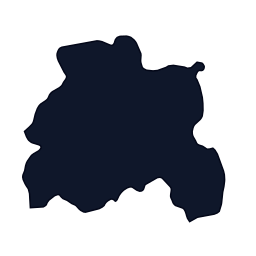 outline of Laoighis, rotated 7°
{"feature_id": "IRL-723", "entity_name": "Laoighis", "entity_type": "County", "adm_level": 1, "iso_a3": "IRL", "parent_name": "Ireland", "parent_adm1": "", "projection": "orthographic", "projection_center": [-7.345, 52.994], "detail": "fine", "context": "isolated", "style": "filled", "palette": "ink", "viewbox_px": 256, "rotation_deg": 7, "n_neighbors": 0, "source": "natural_earth", "source_scale": "10m", "svg_char_len": 2742}
<svg xmlns="http://www.w3.org/2000/svg" viewBox="0 0 256 256"><g transform="rotate(7 128 128)"><path d="M230.3,174.3L229.8,180.1L230.0,191.0L229.9,192.7L228.7,199.6L226.9,201.4L224.0,203.0L207.8,208.1L200.6,213.4L198.1,210.4L196.8,207.7L196.3,206.4L195.1,203.9L194.3,202.7L193.4,201.6L192.1,200.8L184.5,199.1L183.0,198.0L181.9,196.8L180.6,194.3L179.1,191.9L178.6,190.5L178.5,188.7L178.6,185.1L178.5,183.5L178.0,182.2L177.1,181.1L168.5,173.9L167.3,173.2L165.5,173.0L163.1,173.7L151.9,182.1L151.5,183.5L150.9,186.7L150.1,188.1L148.9,188.9L147.2,189.3L144.3,188.6L139.8,186.3L138.3,186.0L136.4,186.5L134.3,187.6L131.3,190.1L129.8,191.9L128.7,193.5L127.3,196.1L125.9,200.4L125.2,201.6L124.3,202.2L122.9,201.1L121.4,200.5L119.6,200.6L116.7,202.8L115.2,204.5L114.2,206.3L113.7,207.8L112.0,209.6L109.1,211.6L96.1,216.7L94.2,216.7L91.1,215.5L89.4,214.4L86.1,211.5L85.0,210.9L81.4,209.8L76.4,207.2L72.2,206.0L70.3,204.7L69.0,203.5L68.1,202.5L66.1,202.7L63.4,204.1L58.3,209.2L56.8,211.9L56.2,214.2L55.0,215.5L53.5,216.6L40.8,219.0L38.3,205.1L36.5,200.5L34.3,198.0L32.7,195.9L30.3,192.0L29.5,189.5L29.5,187.5L30.7,182.9L31.0,177.9L31.5,175.2L32.2,173.2L35.0,167.9L35.7,166.8L37.7,164.9L42.2,161.5L43.2,160.2L44.1,158.5L43.9,157.0L43.0,156.0L41.5,155.5L34.7,154.3L33.2,153.7L30.9,152.2L29.9,151.1L28.3,148.9L25.7,144.0L29.9,139.2L32.1,136.3L32.8,135.1L33.3,133.6L33.6,132.0L34.3,125.6L35.7,119.8L36.9,117.0L37.7,115.8L38.6,114.7L42.7,111.2L43.7,110.2L44.6,109.1L45.2,107.7L46.1,104.7L46.8,103.4L47.6,102.2L48.7,101.1L55.1,96.3L57.0,94.2L57.7,92.8L58.2,91.3L58.8,89.9L60.2,87.4L60.7,86.0L60.9,84.6L60.4,83.3L59.7,82.4L57.9,80.4L50.8,69.9L49.5,67.3L49.1,66.0L48.7,64.5L48.6,62.9L48.9,61.2L49.3,59.7L49.9,58.2L50.7,57.1L52.5,55.9L86.5,45.3L88.7,45.2L91.7,45.5L100.1,47.9L102.3,48.0L103.5,46.7L104.1,45.3L104.5,43.0L104.8,41.7L105.5,40.6L106.3,39.4L108.9,38.0L115.4,37.0L117.4,37.2L119.7,37.7L123.1,39.8L124.8,41.4L126.0,42.9L131.6,52.5L132.0,54.1L132.3,59.4L132.6,61.0L133.1,62.4L134.3,65.1L134.9,66.3L136.6,67.4L139.3,68.4L145.9,68.3L150.4,67.3L158.5,63.2L160.6,61.5L165.4,60.3L176.7,60.7L179.6,61.5L183.3,60.5L188.5,54.3L193.5,54.6L194.7,55.5L196.1,57.4L196.2,59.1L195.8,60.6L195.0,61.6L193.7,62.1L192.5,62.1L191.3,62.3L190.3,63.3L189.7,64.6L188.8,67.4L188.9,69.1L189.1,70.1L190.6,71.8L194.3,78.4L198.0,88.6L199.3,94.5L200.3,101.6L200.2,107.0L199.9,108.0L199.3,109.5L198.5,110.8L194.0,116.1L193.1,117.6L192.5,119.7L192.1,123.5L192.6,126.3L193.4,128.2L194.3,129.5L195.1,130.5L196.7,132.7L197.4,133.9L198.2,135.1L199.4,135.9L200.9,136.4L204.2,137.0L206.9,138.3L208.1,139.0L209.3,139.4L211.7,138.9L214.7,137.7L216.9,139.3L219.9,143.1L228.0,159.0L229.3,162.6L230.2,167.6L230.3,169.2L230.3,174.3Z" fill="#0f172a" stroke="#020617" stroke-width="1.5"/></g></svg>